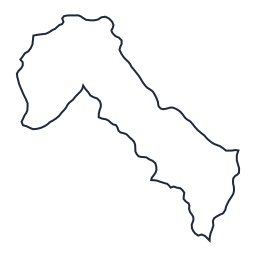 outline of Jenipapo de Minas, Minas Gerais, Brazil
{"feature_id": "56859067B49665349666776", "entity_name": "Jenipapo de Minas", "entity_type": "district", "adm_level": 2, "iso_a3": "BRA", "parent_name": "Brazil", "parent_adm1": "Minas Gerais", "projection": "albers", "projection_center": [-42.212, -17.187], "detail": "fine", "context": "isolated", "style": "outline", "palette": "slate", "viewbox_px": 256, "rotation_deg": 0, "n_neighbors": 0, "source": "geoboundaries", "source_scale": "gbopen_adm2", "svg_char_len": 2812}
<svg xmlns="http://www.w3.org/2000/svg" viewBox="0 0 256 256"><path d="M109.1,18.6L105.4,16.7L101.4,17.3L97.9,19.6L94.1,20.3L90.6,20.3L86.0,19.8L83.0,17.9L81.0,16.5L78.5,15.4L74.2,15.4L70.6,15.4L66.9,15.5L63.9,16.2L62.2,18.5L63.5,21.8L62.2,24.0L59.4,25.0L57.3,26.8L55.3,28.7L52.4,30.1L49.1,32.2L45.8,33.8L42.9,34.1L39.9,34.5L36.1,35.0L33.4,35.6L33.0,39.4L32.5,44.2L30.8,48.1L28.3,51.3L25.0,53.2L22.4,56.9L20.4,59.5L22.7,62.2L22.8,65.3L21.1,68.4L18.8,70.6L16.9,73.6L17.3,77.1L18.2,80.2L19.0,83.6L20.5,87.4L22.4,91.9L23.9,95.3L25.4,98.1L26.4,100.4L27.6,103.4L27.6,106.2L27.3,110.5L26.3,112.9L24.6,115.3L23.1,118.6L21.6,121.7L22.9,125.2L26.7,126.3L30.2,128.0L33.0,129.2L37.2,128.8L41.0,127.8L44.5,126.2L47.6,124.3L49.8,122.2L53.1,120.4L56.3,118.3L59.1,115.9L61.5,112.8L63.7,110.5L66.1,107.6L67.4,105.0L69.5,102.5L73.0,99.7L75.8,96.2L78.3,93.7L80.7,91.3L82.3,88.8L83.2,85.5L85.2,88.7L88.3,92.3L90.4,95.5L93.5,97.2L97.2,98.5L99.9,101.3L100.8,104.1L100.8,106.8L99.6,110.1L98.8,113.8L98.7,117.2L102.0,118.6L106.0,119.3L108.7,120.7L110.8,122.7L113.1,124.4L115.9,125.1L117.4,127.4L118.5,130.6L120.4,132.4L123.3,133.1L126.4,134.2L128.2,135.9L129.9,137.8L132.0,139.5L134.1,141.9L135.1,144.7L135.3,148.1L135.4,151.5L136.8,154.3L138.6,156.3L141.1,156.9L146.2,157.3L149.4,159.4L152.7,160.9L155.4,163.4L156.3,166.8L156.4,170.2L155.4,172.9L153.6,175.5L151.8,177.7L151.2,180.1L154.9,180.3L157.6,180.8L160.5,181.9L164.2,183.0L167.1,183.8L168.9,185.4L170.7,187.6L173.6,186.5L177.1,187.7L180.4,188.3L182.5,190.2L184.3,192.7L183.8,195.8L183.6,198.9L185.7,201.4L188.5,203.3L189.4,205.7L189.0,208.5L190.0,211.9L192.0,214.7L193.3,217.1L193.4,220.2L191.7,224.8L192.0,228.5L193.4,231.2L195.2,233.5L198.2,235.6L201.7,234.5L205.1,236.0L207.6,238.5L209.6,240.6L209.8,236.9L210.7,233.0L212.1,229.4L213.4,225.4L212.9,221.1L214.0,218.4L216.7,216.4L219.7,214.8L223.1,213.3L225.3,209.9L226.1,206.5L227.4,203.7L228.9,200.7L231.3,197.2L233.3,193.8L234.0,190.8L233.9,187.3L233.1,183.5L233.0,181.0L233.3,178.3L235.1,176.0L237.3,174.6L239.0,172.8L239.1,168.3L238.0,164.5L236.8,160.3L236.8,155.1L238.4,150.5L235.2,150.0L232.1,150.6L226.0,150.6L223.0,148.2L220.1,146.2L217.4,145.2L214.5,144.1L211.7,142.5L208.7,140.1L206.3,137.8L204.5,135.6L201.7,133.4L197.9,130.3L194.9,127.0L192.8,124.3L190.4,121.5L187.4,119.7L185.1,117.8L183.0,114.9L180.9,112.3L178.7,110.5L176.0,108.9L173.0,107.6L170.1,107.6L166.2,108.7L163.0,109.2L160.5,108.4L158.5,106.1L157.9,101.8L156.3,97.7L154.6,94.4L152.8,91.5L150.1,89.5L147.3,87.8L145.3,85.7L142.8,82.4L140.8,79.0L138.8,75.9L137.2,73.8L135.5,71.7L133.6,69.3L131.4,66.7L130.0,63.9L128.1,61.6L125.5,59.2L123.3,56.7L121.6,54.1L119.5,49.8L120.3,46.7L121.6,44.1L121.6,40.4L118.7,37.5L115.7,36.3L113.9,34.6L112.3,32.8L111.4,30.5L112.8,27.8L113.5,25.1L112.2,21.8L109.1,18.6Z" fill="none" stroke="#1e293b" stroke-width="2"/></svg>